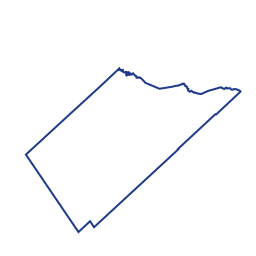 the district of General Taboada, Santiago del Estero, Argentina, rotated 137°
{"feature_id": "61730980B28367878314015", "entity_name": "General Taboada", "entity_type": "district", "adm_level": 2, "iso_a3": "ARG", "parent_name": "Argentina", "parent_adm1": "Santiago del Estero", "projection": "orthographic", "projection_center": [-62.691, -28.591], "detail": "fine", "context": "isolated", "style": "outline", "palette": "blue", "viewbox_px": 256, "rotation_deg": 137, "n_neighbors": 0, "source": "geoboundaries", "source_scale": "gbopen_adm2", "svg_char_len": 4505}
<svg xmlns="http://www.w3.org/2000/svg" viewBox="0 0 256 256"><g transform="rotate(137 128 128)"><path d="M235.2,85.7L219.3,85.7L220.5,78.6L211.8,78.6L105.6,78.1L105.6,78.6L54.7,78.5L54.4,77.8L21.0,77.9L21.0,78.5L20.8,78.7L20.8,79.4L20.9,79.6L21.1,79.8L21.5,80.3L21.8,80.7L21.9,81.0L21.9,81.7L22.1,82.2L22.2,82.3L22.3,82.4L22.6,82.9L23.0,83.1L23.2,83.3L23.5,83.5L23.7,83.9L23.9,84.1L24.1,84.3L24.3,84.3L24.8,84.6L25.8,85.0L26.0,85.3L26.3,85.9L26.3,86.2L26.3,86.6L26.2,86.9L26.2,87.2L26.3,87.4L26.4,87.7L26.7,88.1L27.3,88.4L27.7,88.7L28.1,88.9L28.5,89.2L28.6,89.4L28.6,89.7L28.4,89.9L28.5,90.3L28.8,90.7L29.2,90.8L29.8,90.8L30.0,90.8L30.9,90.8L31.0,90.9L31.1,91.1L31.3,91.7L31.5,91.9L31.7,92.1L31.7,92.4L31.7,92.7L31.8,92.8L32.0,93.0L31.9,93.3L32.1,93.7L32.1,94.0L32.2,94.3L32.3,94.5L33.4,95.0L33.6,95.1L33.8,95.2L34.0,95.3L34.5,95.6L34.9,95.8L35.2,95.9L35.5,96.1L35.8,96.2L36.1,96.4L36.5,96.6L36.8,96.8L37.6,97.1L37.9,97.3L38.5,97.5L38.9,97.9L39.4,98.1L39.9,98.3L40.4,98.5L40.9,98.8L41.3,99.1L41.9,99.3L42.3,99.6L42.6,99.7L43.0,99.9L43.5,100.2L44.0,100.4L44.5,100.7L45.0,100.9L45.4,100.9L45.7,100.9L46.4,101.3L46.9,101.5L47.5,101.7L48.2,101.9L48.7,102.1L49.5,102.3L51.4,103.0L51.6,103.3L51.8,103.5L52.0,103.8L52.4,104.0L52.5,104.2L52.6,104.5L52.8,105.0L53.4,105.5L53.8,105.9L54.0,106.2L54.0,106.7L54.1,107.0L54.5,107.4L54.6,107.8L54.9,108.0L55.0,108.6L55.2,108.8L55.6,109.0L55.5,109.3L55.8,109.5L55.9,109.8L56.0,110.1L56.1,110.4L56.0,110.7L56.1,110.9L56.1,111.1L56.3,111.3L56.4,111.5L56.3,112.0L56.6,112.1L56.9,112.2L57.1,112.2L57.3,112.2L57.5,112.1L57.8,112.2L57.9,112.3L58.0,112.4L58.1,112.5L58.2,112.9L58.0,113.1L58.0,113.3L58.1,113.5L58.3,113.8L58.4,114.1L58.5,114.5L58.3,114.7L58.2,114.9L58.1,115.0L57.9,115.3L57.7,115.5L57.6,115.4L57.3,115.5L57.5,115.8L57.5,116.0L57.5,116.3L57.6,116.5L57.4,116.8L57.3,117.0L57.1,117.3L57.1,117.5L56.9,117.7L56.8,118.0L57.0,118.3L57.0,118.5L56.9,118.6L56.9,118.8L57.0,119.1L57.5,119.4L57.5,119.5L57.5,119.9L57.3,120.1L57.4,120.3L57.3,120.5L57.3,120.9L57.3,121.2L57.2,121.3L57.0,121.5L56.8,121.6L56.7,121.7L56.7,122.0L56.9,122.2L57.0,122.2L57.0,122.4L57.2,122.6L57.5,122.6L57.6,122.8L57.6,123.0L57.8,123.1L58.1,123.3L58.8,123.4L59.2,123.3L59.4,123.4L59.5,123.6L59.7,123.8L60.1,123.8L60.3,124.0L60.7,124.1L61.0,124.3L61.3,124.3L61.5,124.4L61.6,124.5L61.8,124.5L62.0,124.6L62.5,124.9L62.7,125.0L62.8,125.1L62.9,125.3L63.1,125.3L63.3,125.5L63.8,125.8L64.0,126.0L64.5,126.4L65.5,126.9L68.1,128.4L69.9,129.7L70.9,130.3L72.9,131.6L73.7,132.2L78.2,135.2L84.4,149.1L84.5,154.5L84.5,155.1L84.6,155.5L84.7,156.0L84.7,156.3L85.0,156.6L85.4,157.1L85.3,157.4L85.7,157.7L85.8,157.8L86.6,158.1L86.7,158.3L86.7,158.5L87.1,158.5L87.3,158.7L87.1,158.9L87.0,159.0L87.3,159.4L87.3,159.6L87.2,159.7L87.1,159.8L86.9,160.1L86.7,160.3L86.7,160.5L86.7,160.9L87.0,161.2L87.0,161.5L87.2,161.9L87.3,162.1L87.2,162.3L87.0,162.5L87.0,163.0L87.0,163.3L87.0,163.5L87.3,163.8L87.1,164.1L87.0,164.4L87.0,164.5L87.4,164.4L87.6,164.4L87.8,164.5L88.1,164.5L88.3,164.5L88.7,164.5L88.8,164.6L88.8,164.9L88.7,165.0L88.8,165.2L89.1,165.3L89.4,165.4L89.6,165.5L89.8,165.6L89.9,166.0L89.3,166.4L89.2,166.5L89.3,166.6L89.8,166.9L89.8,167.0L90.1,167.3L90.6,167.3L91.1,167.4L91.1,167.6L90.9,167.8L90.7,167.8L90.2,167.9L90.1,168.0L89.8,168.2L89.7,168.2L89.4,168.2L89.4,168.4L89.5,168.5L90.4,168.4L90.9,168.3L91.4,168.2L91.6,168.2L91.9,168.1L92.1,168.0L92.1,167.6L92.0,167.2L92.1,167.3L92.3,167.5L92.6,167.4L92.8,167.3L93.1,167.4L93.3,167.4L93.3,167.5L93.2,167.8L92.9,167.8L92.7,168.0L92.4,168.3L92.4,168.5L92.2,168.5L92.3,168.7L92.3,168.8L92.1,168.9L91.7,168.8L91.4,168.8L91.2,168.7L90.9,168.8L90.7,168.9L90.7,169.0L90.5,169.3L90.6,169.5L90.9,169.9L90.9,170.0L91.1,170.2L91.4,170.2L91.6,170.2L91.8,170.1L92.0,170.2L92.0,170.4L91.9,170.5L91.8,170.8L92.1,170.9L92.3,170.9L92.7,171.1L92.9,171.3L93.0,171.4L93.1,171.6L93.1,171.8L93.1,172.0L93.1,172.3L93.1,172.5L93.3,172.6L93.4,172.9L93.3,173.0L93.3,173.3L93.5,173.5L93.4,173.8L93.3,174.1L93.2,174.1L93.0,173.9L92.7,173.7L92.4,173.7L92.2,173.8L92.1,174.0L92.3,174.2L92.5,174.3L92.9,174.5L93.4,174.6L93.5,174.5L93.5,174.3L93.6,174.2L93.8,174.2L93.9,174.4L93.9,174.5L93.8,174.9L93.8,175.0L93.5,175.0L93.4,175.1L93.4,175.3L93.5,175.4L93.7,175.5L94.0,175.6L94.0,175.8L93.9,176.0L94.0,176.3L94.2,176.5L94.1,176.8L93.9,177.2L94.0,177.2L94.1,177.3L94.2,177.1L94.3,177.0L94.5,177.1L94.8,177.1L95.0,176.9L95.1,176.6L95.4,176.7L95.6,176.9L95.8,177.1L95.8,177.3L95.5,177.5L120.4,177.4L160.6,177.8L220.8,178.2L235.2,85.7Z" fill="none" stroke="#1e3a8a" stroke-width="2"/></g></svg>